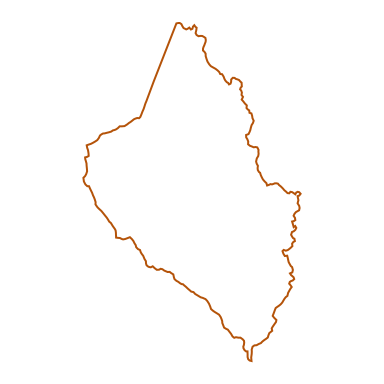 Itapicuru, Bahia, Brazil
{"feature_id": "56859067B13705313593440", "entity_name": "Itapicuru", "entity_type": "district", "adm_level": 2, "iso_a3": "BRA", "parent_name": "Brazil", "parent_adm1": "Bahia", "projection": "equal_earth", "projection_center": [-38.168, -11.192], "detail": "fine", "context": "isolated", "style": "outline", "palette": "amber", "viewbox_px": 384, "rotation_deg": 0, "n_neighbors": 0, "source": "geoboundaries", "source_scale": "gbopen_adm2", "svg_char_len": 4950}
<svg xmlns="http://www.w3.org/2000/svg" viewBox="0 0 384 384"><path d="M189.3,27.6L187.6,28.8L186.2,29.4L184.9,28.7L183.6,28.1L182.4,26.2L181.4,24.1L179.7,23.0L178.4,23.0L176.4,23.4L153.7,81.5L146.3,101.4L145.6,103.0L145.0,104.7L144.4,106.7L143.5,109.3L142.5,111.5L141.4,114.4L140.3,117.0L139.1,118.2L137.2,118.0L135.4,118.6L133.9,119.3L132.3,120.6L130.5,122.0L128.9,123.0L127.2,124.4L124.5,126.1L122.2,126.3L119.7,126.3L117.9,128.1L116.2,129.3L114.6,130.0L112.9,130.4L111.2,131.6L108.9,132.3L106.8,132.8L104.6,133.4L103.0,133.5L101.4,134.4L100.0,135.5L98.9,137.9L97.3,140.1L95.2,141.5L93.5,142.5L92.2,143.2L90.8,143.9L88.9,144.5L86.7,145.3L87.2,147.9L88.0,150.1L88.5,153.2L88.7,155.9L87.3,156.8L85.1,157.4L85.3,159.3L85.9,161.2L86.5,163.4L86.6,165.5L86.9,168.5L87.1,171.3L86.2,174.1L85.1,176.1L83.4,177.8L83.9,181.5L85.4,184.4L87.3,186.2L89.0,186.2L90.0,188.5L90.9,190.4L92.1,192.8L93.0,195.3L94.0,197.4L94.8,199.5L95.6,202.1L95.5,204.4L96.5,205.9L97.5,207.3L99.0,208.8L101.4,211.0L103.2,213.2L105.1,215.6L106.8,217.7L108.1,219.7L109.2,221.6L110.9,223.0L112.8,226.1L114.8,228.9L115.6,230.4L115.9,232.6L116.0,235.2L116.1,237.6L118.3,237.9L119.9,238.0L121.8,239.0L123.1,239.4L125.2,239.0L126.8,238.4L128.1,237.9L129.9,237.2L131.9,239.1L133.4,241.0L134.5,243.3L135.7,245.1L136.2,247.2L138.0,249.1L140.0,250.0L140.8,252.4L141.8,254.0L143.2,255.8L144.5,259.0L145.9,261.2L146.0,263.4L146.5,265.1L147.7,266.3L149.1,267.0L150.8,267.3L152.7,266.3L154.7,268.2L156.8,269.8L159.1,269.7L160.6,268.8L162.4,269.2L164.3,270.6L165.7,271.2L167.6,272.0L169.7,271.9L171.2,273.1L173.3,274.4L173.9,277.3L174.5,279.1L176.4,280.8L178.4,281.9L180.0,283.2L181.6,284.1L182.9,284.2L184.2,285.4L185.8,286.7L188.0,288.8L190.0,290.5L191.2,291.6L193.5,292.1L195.2,294.0L197.4,295.3L199.2,296.4L200.7,297.3L202.8,297.9L204.1,298.5L205.5,299.1L207.2,300.9L209.0,303.7L210.2,306.5L211.0,309.0L212.8,310.6L214.6,311.9L216.9,313.3L219.1,314.7L220.7,317.1L221.6,319.3L222.2,321.1L222.3,323.0L223.2,325.2L224.1,327.6L226.2,328.9L227.8,329.6L229.4,331.7L231.1,333.9L232.5,336.4L234.2,337.8L236.0,337.2L238.5,337.7L240.5,337.7L242.7,339.3L244.0,340.8L244.2,342.7L243.9,344.9L243.3,346.6L243.5,348.3L244.6,350.2L246.1,351.4L247.5,351.4L247.6,354.4L247.6,357.1L248.2,359.2L249.6,360.5L251.5,361.0L251.2,357.5L251.7,353.9L251.8,351.6L251.7,349.6L252.6,346.7L254.4,345.4L256.6,345.2L258.7,344.0L260.9,343.1L262.2,341.7L263.3,340.8L264.5,339.9L266.0,338.9L267.8,337.5L268.4,335.4L269.3,333.1L272.2,330.8L271.7,328.4L272.7,326.7L273.8,325.1L274.7,323.8L276.0,322.0L276.4,320.0L274.1,317.7L272.7,315.9L274.1,312.2L275.0,309.7L275.7,308.0L277.1,307.0L279.0,305.7L280.7,304.3L282.3,302.5L283.2,300.9L284.4,298.9L285.7,297.2L287.4,295.9L288.1,292.9L289.2,290.9L290.2,289.1L291.7,287.0L290.5,285.2L289.2,283.7L289.8,281.9L291.0,281.1L292.7,280.5L294.2,279.1L293.6,277.3L292.2,276.0L291.1,275.1L290.0,273.4L292.3,272.4L292.9,270.0L292.1,267.1L290.8,266.0L289.9,264.4L288.7,262.2L288.2,260.1L287.8,258.1L287.2,255.7L284.8,256.0L283.4,253.7L282.5,251.1L283.7,249.9L285.8,250.7L287.7,250.1L289.1,249.1L290.8,247.7L292.4,246.1L292.1,243.7L293.2,242.1L294.9,241.1L294.4,238.7L293.1,238.1L292.1,236.6L291.1,234.8L292.0,232.0L293.7,231.3L295.3,229.9L296.3,227.9L295.2,226.0L293.7,227.1L292.9,224.2L292.1,221.5L293.8,221.1L295.3,220.1L295.0,217.9L293.6,215.8L294.5,213.8L295.9,212.1L297.5,211.2L299.1,210.3L299.6,208.0L299.2,205.9L297.6,203.3L298.4,200.2L297.9,197.8L297.6,196.1L299.2,195.6L300.6,193.8L299.2,192.2L297.7,191.8L296.3,192.5L295.3,194.3L293.5,193.0L292.1,192.1L290.4,191.8L289.3,193.3L287.5,193.1L286.0,191.6L284.3,190.2L282.9,188.5L280.9,186.5L279.0,185.0L278.0,183.7L276.5,183.3L274.9,183.3L273.5,183.9L272.0,184.4L270.5,184.1L268.9,184.9L267.1,185.5L266.4,183.1L264.7,181.5L262.9,179.4L261.7,177.1L260.7,174.9L260.1,172.8L258.9,171.9L257.8,170.0L257.6,168.1L257.9,165.8L256.7,163.7L256.1,161.5L256.8,158.4L258.2,156.1L258.6,153.8L258.4,151.7L258.5,149.8L257.3,147.4L255.5,147.0L253.7,147.3L251.9,146.5L250.0,145.8L248.1,144.3L248.2,141.5L247.4,139.3L246.2,137.4L246.1,135.0L248.5,134.1L249.6,131.9L250.3,130.1L250.8,127.9L251.6,125.1L252.9,123.1L253.7,120.8L252.5,118.2L252.1,115.7L251.4,113.4L249.5,112.8L249.2,110.4L247.7,109.4L246.5,108.0L246.8,105.4L244.9,103.5L243.3,101.4L241.7,99.6L243.0,96.9L241.5,94.9L241.9,92.6L241.2,90.6L240.1,89.3L240.7,87.6L241.8,86.5L241.7,84.5L241.6,82.7L240.2,81.4L239.0,80.0L237.5,79.4L235.8,78.9L234.6,77.9L232.8,77.8L231.2,79.5L231.1,82.0L230.5,83.7L229.0,84.4L228.1,82.9L226.8,82.2L225.3,80.5L224.4,78.8L223.6,76.6L222.1,74.2L220.2,74.0L219.3,72.1L217.7,70.5L215.5,68.8L213.0,67.4L210.9,66.2L209.3,64.4L207.5,61.6L206.5,58.8L205.7,56.2L205.6,53.6L204.5,51.9L203.0,50.5L203.0,48.7L203.5,47.0L204.3,45.3L204.9,43.6L205.6,41.8L205.8,40.0L205.4,37.9L203.9,36.9L202.3,36.0L200.6,35.9L198.5,36.2L196.6,35.0L195.6,33.1L196.3,30.1L196.6,27.7L195.4,26.8L194.3,25.2L193.0,26.6L192.4,28.8L190.9,29.5L189.3,27.6Z" fill="none" stroke="#b45309" stroke-width="2"/></svg>